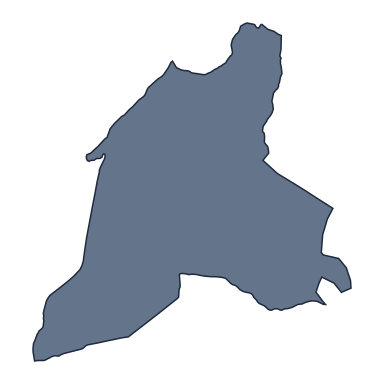 the district of Bikoro, Équateur, Democratic Republic of the Congo
{"feature_id": "63176286B68262610189121", "entity_name": "Bikoro", "entity_type": "district", "adm_level": 2, "iso_a3": "COD", "parent_name": "Democratic Republic of the Congo", "parent_adm1": "Équateur", "projection": "orthographic", "projection_center": [18.187, -0.751], "detail": "fine", "context": "isolated", "style": "filled", "palette": "slate", "viewbox_px": 384, "rotation_deg": 0, "n_neighbors": 0, "source": "geoboundaries", "source_scale": "gbopen_adm2", "svg_char_len": 4053}
<svg xmlns="http://www.w3.org/2000/svg" viewBox="0 0 384 384"><path d="M278.4,34.4L273.9,31.3L267.8,29.3L261.9,24.4L261.4,24.5L260.9,24.6L258.7,28.0L257.1,27.8L256.0,26.9L254.9,24.9L253.7,24.3L252.1,24.0L246.8,23.0L244.0,24.2L240.6,26.2L240.0,28.3L239.9,28.5L239.6,29.7L239.5,30.1L239.2,30.7L238.2,32.5L235.8,34.6L232.6,39.3L231.4,43.8L231.2,45.4L231.8,48.7L232.5,52.3L232.1,53.8L231.9,54.7L231.8,54.8L230.5,55.9L230.5,56.0L230.4,56.0L230.1,56.3L228.8,58.0L228.1,58.8L227.7,59.8L226.6,61.1L226.0,62.5L225.2,63.2L223.9,64.0L222.9,64.6L221.6,65.6L220.4,66.3L218.8,67.0L217.8,68.0L214.3,69.7L213.1,70.6L212.4,71.1L211.6,71.6L210.9,72.1L209.5,72.7L208.6,73.0L208.0,73.2L205.6,74.6L205.4,74.6L203.1,74.6L196.7,73.6L193.2,73.1L191.4,72.8L189.5,71.3L185.8,70.5L184.6,70.7L183.8,70.5L180.9,69.8L177.3,68.0L176.4,67.6L172.5,61.1L171.0,62.3L168.2,67.9L165.0,72.6L164.2,73.9L162.3,76.0L162.0,76.3L161.1,76.9L157.9,79.0L156.3,80.4L153.7,82.7L150.4,85.8L148.3,87.6L147.9,88.3L147.2,89.5L145.0,94.8L143.6,96.5L138.8,100.0L136.0,103.1L134.9,104.3L134.2,105.0L132.9,106.5L129.3,109.6L124.4,115.0L122.0,116.3L121.7,116.4L121.3,116.8L114.2,123.7L114.1,123.9L113.8,124.3L110.1,128.8L107.1,137.3L106.6,137.7L104.6,139.2L97.8,146.6L94.3,149.8L90.7,153.2L90.1,153.4L86.9,154.7L86.4,156.2L86.4,157.3L86.4,158.3L87.0,159.9L87.2,160.3L87.5,160.7L89.2,161.3L90.2,160.7L90.6,160.5L91.5,160.4L92.4,160.3L93.8,160.2L94.0,160.2L94.3,160.1L95.3,159.4L96.6,158.5L98.0,158.5L100.0,158.4L101.5,157.5L102.0,157.2L102.9,154.6L103.7,153.8L104.1,154.0L104.7,154.2L105.1,155.2L105.0,157.1L104.5,158.9L100.4,167.3L100.2,167.8L100.0,168.5L99.6,169.6L99.3,170.6L99.3,171.7L99.3,172.1L97.2,181.3L95.1,192.9L93.9,199.0L86.6,237.6L84.4,252.6L83.3,261.0L81.9,265.8L79.9,269.7L77.3,272.4L74.1,275.9L68.4,280.9L59.1,288.3L55.2,291.3L49.9,295.4L49.0,296.6L47.9,298.2L46.3,301.3L43.3,312.9L43.5,314.3L43.7,316.0L43.5,317.2L43.4,318.7L43.6,319.6L43.8,320.2L43.3,325.3L43.3,326.1L42.4,327.9L42.1,328.4L40.7,329.6L38.9,331.1L38.3,332.7L37.1,334.4L35.2,339.8L33.5,343.5L33.0,348.6L33.1,352.1L34.6,361.0L37.9,360.5L43.8,360.5L45.7,359.9L51.2,356.9L54.2,355.8L55.9,355.8L58.2,356.1L59.3,355.9L61.2,354.5L63.9,353.5L72.9,351.2L81.9,348.9L83.8,347.8L85.0,346.4L86.9,345.1L88.6,344.7L98.4,342.8L108.5,340.6L122.0,337.8L128.3,336.9L157.7,314.1L176.1,299.5L176.9,298.9L178.6,297.1L178.7,295.8L178.9,292.0L179.2,289.1L180.1,286.8L180.1,284.7L179.9,281.3L179.4,275.8L179.5,274.4L180.8,273.5L182.2,273.5L184.3,273.7L185.3,273.7L188.6,274.6L192.1,274.2L196.6,274.5L199.9,275.3L200.9,275.5L205.9,276.3L211.2,276.7L215.8,276.7L222.0,277.4L225.2,278.2L226.3,278.9L227.5,280.1L229.4,282.0L230.7,283.4L232.5,284.6L234.1,285.0L236.0,285.8L238.2,287.8L240.1,289.8L243.2,291.5L246.5,292.4L247.4,292.5L248.3,292.6L250.2,293.2L250.7,293.3L251.7,294.1L252.4,294.6L252.8,295.3L253.9,297.5L255.5,299.1L256.5,300.1L256.6,300.3L257.4,301.6L258.8,303.1L259.1,303.4L263.9,305.6L265.9,307.1L268.1,309.3L270.1,310.2L271.8,310.1L274.5,308.8L277.5,308.8L279.3,309.6L280.3,310.1L281.7,310.2L284.5,308.9L287.8,308.6L292.3,307.3L292.9,307.0L297.7,304.5L300.8,304.1L301.5,304.0L302.1,304.0L303.5,303.3L304.0,303.1L304.6,302.8L306.0,302.2L310.7,301.0L313.5,300.9L317.4,301.4L323.2,304.3L325.3,304.5L325.5,304.5L322.0,300.3L316.0,292.1L319.0,283.1L321.8,277.1L334.0,283.1L341.5,292.4L341.7,292.2L351.0,288.2L350.5,280.5L346.3,267.8L343.2,264.0L338.7,258.5L323.4,255.0L321.3,252.5L322.7,234.6L325.0,227.0L325.9,224.0L327.3,219.1L331.8,210.6L332.9,208.4L331.7,207.6L315.5,197.3L310.7,194.2L305.8,191.0L299.3,186.9L277.5,173.6L262.9,160.4L268.7,153.1L268.2,148.4L267.5,146.3L264.7,143.0L264.4,141.7L264.6,136.2L264.0,132.9L263.2,132.3L262.5,131.2L262.6,130.0L263.2,126.2L263.3,126.0L263.5,125.8L266.1,122.1L267.6,119.1L270.6,115.3L272.2,112.6L273.3,109.0L272.8,104.8L271.9,101.2L273.6,92.8L274.8,91.4L276.1,89.8L277.6,88.5L278.6,86.2L278.5,84.5L279.1,83.2L279.4,82.4L280.0,79.6L280.4,77.2L282.0,73.6L281.3,67.4L280.5,63.9L280.4,59.6L281.1,58.3L279.8,55.9L281.0,49.4L281.3,35.5L278.4,34.4Z" fill="#64748b" stroke="#1e293b" stroke-width="1.5"/></svg>